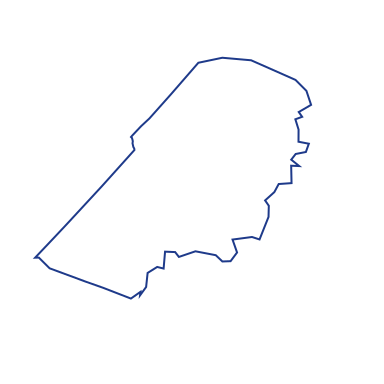 the district of Claiborne, Tennessee, United States of America, rotated 311°
{"feature_id": "52423323B30957198901139", "entity_name": "Claiborne", "entity_type": "district", "adm_level": 2, "iso_a3": "USA", "parent_name": "United States of America", "parent_adm1": "Tennessee", "projection": "natural_earth1", "projection_center": [-83.671, 36.467], "detail": "fine", "context": "isolated", "style": "outline", "palette": "blue", "viewbox_px": 384, "rotation_deg": 311, "n_neighbors": 0, "source": "geoboundaries", "source_scale": "gbopen_adm2", "svg_char_len": 898}
<svg xmlns="http://www.w3.org/2000/svg" viewBox="0 0 384 384"><g transform="rotate(311 192 192)"><path d="M39.5,116.7L42.0,119.4L41.0,134.6L54.6,170.6L61.4,187.8L71.5,215.8L82.8,218.6L79.9,220.6L90.2,219.7L101.8,211.6L112.6,214.9L115.6,220.8L129.3,210.8L135.6,218.7L134.4,224.7L149.5,233.5L159.9,251.4L159.5,260.5L165.1,266.5L175.9,265.7L182.7,253.8L197.4,266.8L200.5,274.1L223.4,266.1L232.0,259.0L233.6,252.7L246.0,254.2L254.9,252.2L264.0,261.3L276.9,249.6L281.9,255.9L281.5,245.7L288.7,245.3L296.9,251.7L305.1,248.5L299.8,239.4L309.0,231.5L314.7,222.3L321.0,225.8L322.4,220.1L335.9,224.7L343.4,212.0L344.5,196.6L330.2,150.2L313.2,126.8L293.7,112.0L252.0,112.0L219.5,111.6L208.2,110.4L196.1,109.9L193.5,109.9L193.4,111.2L192.6,112.5L191.5,114.0L189.7,115.2L187.5,118.2L186.9,119.9L185.9,121.0L137.5,120.2L85.5,118.6L67.6,117.9L39.5,116.7Z" fill="none" stroke="#1e3a8a" stroke-width="2"/></g></svg>